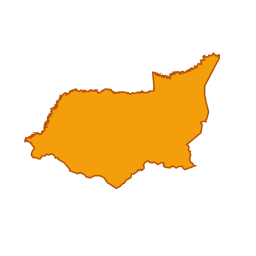 Druvienas pag., Gulbene, Latvia, rotated 169°
{"feature_id": "27541924B4723463518460", "entity_name": "Druvienas pag.", "entity_type": "district", "adm_level": 2, "iso_a3": "LVA", "parent_name": "Latvia", "parent_adm1": "Gulbene", "projection": "orthographic", "projection_center": [26.23, 57.112], "detail": "fine", "context": "isolated", "style": "filled", "palette": "amber", "viewbox_px": 256, "rotation_deg": 169, "n_neighbors": 0, "source": "geoboundaries", "source_scale": "gbopen_adm2", "svg_char_len": 5917}
<svg xmlns="http://www.w3.org/2000/svg" viewBox="0 0 256 256"><g transform="rotate(169 128 128)"><path d="M169.3,87.6L164.2,86.3L160.9,83.6L158.8,78.5L150.8,70.9L146.2,72.6L145.1,73.8L142.2,74.5L139.6,77.3L134.7,78.7L133.3,82.1L132.0,82.2L131.3,81.7L127.2,83.6L126.4,84.8L125.8,84.9L125.2,84.1L123.6,84.9L122.7,83.7L120.2,85.1L119.6,86.5L119.9,88.3L119.6,89.1L117.9,91.1L116.1,91.3L115.3,92.1L114.2,91.7L113.9,90.8L112.1,89.5L109.4,89.4L107.5,88.5L105.8,86.5L102.0,87.6L100.5,87.2L99.4,86.2L100.1,85.3L100.3,83.6L97.8,81.7L96.1,81.8L95.0,80.9L93.9,80.9L92.2,82.4L91.3,81.5L89.7,81.3L88.8,79.8L87.9,79.6L85.8,80.5L82.1,80.0L81.2,77.3L80.1,76.3L69.5,78.1L70.4,78.5L71.3,80.8L73.2,83.0L73.4,85.7L72.5,88.1L71.6,89.2L71.9,91.9L71.2,93.0L72.6,94.3L72.8,95.2L71.9,97.3L71.9,98.2L72.4,99.5L73.6,100.5L57.3,109.4L54.5,117.2L55.7,118.6L55.8,119.6L52.6,120.2L50.1,119.3L50.0,121.1L49.0,121.8L45.8,128.4L46.5,139.8L46.3,142.4L46.5,145.7L44.7,154.7L25.0,179.3L25.1,180.2L24.4,182.2L25.5,182.4L26.3,181.3L27.1,182.4L28.2,182.2L28.3,183.0L29.5,183.9L29.6,185.1L30.7,184.7L31.1,183.6L32.9,182.9L34.1,184.1L34.7,184.0L35.4,182.7L37.4,182.7L39.2,183.3L39.0,184.4L40.4,184.1L40.9,183.5L40.1,182.5L40.1,180.2L41.0,180.8L43.6,180.5L43.2,179.9L43.7,179.5L43.3,179.1L43.7,177.0L44.6,177.5L45.0,176.7L46.7,177.8L48.6,175.5L48.5,175.0L49.9,175.7L49.8,174.5L50.8,175.3L50.7,174.8L51.1,174.1L52.9,174.3L53.2,173.3L54.3,174.7L55.2,174.2L54.8,173.7L55.8,172.4L56.6,172.3L56.5,173.6L56.9,173.8L58.7,172.7L58.2,172.2L59.1,172.2L59.4,172.8L60.5,171.4L61.2,172.0L62.7,171.5L62.4,172.2L63.1,172.9L65.3,173.1L65.6,172.6L65.1,172.0L65.8,172.1L65.9,171.2L66.8,171.3L67.1,171.5L66.7,172.1L66.8,172.5L68.2,172.8L67.7,173.2L68.2,173.9L70.4,173.4L70.8,173.9L72.2,174.0L71.4,173.3L71.9,172.8L71.5,172.5L71.6,172.1L72.9,172.7L72.8,172.1L73.5,172.0L74.3,173.3L75.0,173.0L75.0,172.2L76.0,172.7L75.8,171.9L75.3,171.8L76.6,171.8L75.9,170.9L76.8,170.3L76.9,169.3L77.7,169.8L77.4,168.8L78.8,169.7L79.5,169.5L78.7,170.8L79.1,171.2L80.3,171.3L80.4,170.5L80.9,170.6L81.5,172.4L82.4,172.4L82.0,171.9L82.7,171.9L83.2,170.8L83.5,171.0L83.7,172.0L84.0,172.6L84.1,171.8L85.2,171.6L85.3,172.0L84.9,172.3L85.0,172.7L86.0,173.5L86.9,173.3L86.6,174.4L87.3,173.8L87.5,174.5L88.2,174.1L88.1,174.8L88.7,174.8L88.7,175.4L89.6,174.4L90.3,175.3L89.7,176.0L90.1,176.5L90.8,176.1L90.8,177.0L91.3,177.5L93.1,177.9L94.7,162.7L94.9,161.5L95.3,161.4L95.1,160.6L95.5,159.6L97.4,159.5L99.5,160.2L100.1,160.1L100.4,159.4L101.4,159.7L102.3,159.2L102.5,159.7L102.5,159.2L103.4,159.0L106.4,160.6L106.8,160.1L107.1,161.4L107.4,160.9L108.4,161.1L108.3,160.6L109.2,160.2L109.5,160.7L110.6,160.4L110.6,160.9L110.9,161.2L116.1,160.8L116.8,161.8L118.7,160.7L119.1,161.2L120.0,161.0L121.0,162.5L122.0,162.1L122.3,163.1L123.0,162.9L126.1,164.5L129.3,164.8L129.5,164.2L130.4,165.1L131.8,164.3L132.6,164.9L133.3,164.6L133.9,165.5L134.2,165.0L135.6,165.0L135.5,166.5L136.5,166.8L137.2,167.7L137.1,168.2L137.7,168.2L137.7,169.0L139.6,169.7L140.2,169.4L141.4,170.3L143.5,170.5L145.3,169.7L145.2,169.2L146.7,169.5L147.8,168.3L149.1,168.0L150.1,168.7L150.7,168.4L150.5,169.2L151.7,170.1L151.7,170.9L151.3,171.2L151.8,171.4L153.1,171.5L152.9,170.8L153.5,170.7L153.7,171.2L154.4,170.7L155.2,170.9L155.5,171.9L156.3,171.7L157.5,172.5L157.7,172.4L157.5,171.7L159.1,171.5L159.1,171.9L160.2,171.2L162.4,172.2L162.5,172.7L163.7,172.1L163.5,173.2L163.8,173.3L165.0,173.1L165.0,172.5L165.3,172.3L165.4,172.9L166.3,173.2L166.5,174.1L169.1,173.3L170.3,173.9L170.4,174.6L170.8,174.5L171.4,175.8L172.3,175.6L172.5,176.2L173.2,175.5L174.7,175.9L175.2,174.9L175.9,175.4L176.1,174.9L176.9,175.4L178.0,175.1L178.6,174.5L178.2,174.0L178.9,173.8L179.8,172.4L181.0,173.3L182.3,172.3L182.3,172.9L181.5,173.4L181.8,173.9L182.6,173.6L182.7,174.3L183.5,174.4L186.6,172.4L186.7,171.7L187.5,171.7L187.8,172.4L188.4,170.9L188.7,171.7L189.2,170.5L188.0,170.4L188.4,170.0L188.4,169.2L189.9,169.3L190.8,168.0L190.8,168.6L191.4,168.5L191.6,167.0L192.8,167.7L193.5,166.6L192.5,165.9L192.8,165.0L194.3,164.6L193.2,164.3L193.0,163.2L194.0,163.0L194.1,163.3L193.4,163.6L194.2,164.1L194.6,163.3L195.4,163.1L194.4,161.8L195.4,161.6L195.1,160.9L196.0,160.8L195.8,161.1L196.3,162.3L196.9,161.9L196.7,161.0L196.9,160.7L197.6,162.1L200.1,161.4L199.5,160.4L199.7,160.0L199.1,159.5L200.6,158.6L200.1,158.2L200.0,156.6L202.5,156.7L202.7,156.3L201.5,155.6L201.3,154.8L202.7,155.4L204.0,154.6L203.0,154.1L203.3,153.4L203.9,153.2L204.7,153.9L204.9,152.4L204.3,151.9L205.2,152.2L205.2,151.6L204.9,151.3L205.5,150.9L204.4,150.4L204.3,149.9L204.8,149.6L205.5,150.2L206.4,149.7L205.4,149.3L205.2,148.3L205.6,148.1L207.7,149.5L208.6,149.3L207.7,149.3L207.4,148.5L208.7,148.3L209.3,147.1L207.6,147.2L207.7,146.7L207.3,146.4L208.6,145.6L207.7,144.2L208.6,144.2L209.7,145.4L210.3,144.4L209.6,144.1L209.9,143.2L210.4,143.1L210.3,142.3L210.7,141.3L212.0,141.1L212.0,140.4L212.4,140.1L212.8,141.1L213.3,140.9L212.7,140.2L213.5,139.6L213.5,138.9L215.1,139.1L215.7,138.3L216.5,139.0L216.6,139.8L218.2,139.6L218.1,140.7L219.4,140.3L220.6,140.8L220.1,140.1L220.8,139.2L221.8,138.7L222.3,139.0L222.1,139.5L223.0,139.8L222.6,138.2L223.1,137.9L223.4,138.1L223.4,139.0L224.4,139.2L224.7,138.1L224.1,137.7L225.2,137.5L225.4,136.9L225.7,137.2L225.4,137.7L226.1,138.2L226.6,137.4L227.5,138.0L228.9,137.2L230.0,137.9L230.6,136.9L230.3,136.4L230.8,136.2L230.3,135.6L231.6,135.3L231.6,134.3L228.7,134.0L226.4,132.2L226.5,131.8L225.7,131.7L226.0,130.9L225.5,130.5L225.4,129.3L223.7,127.2L224.2,126.8L224.1,125.4L226.1,123.8L227.6,121.3L228.0,119.2L227.2,118.5L226.7,116.9L224.3,116.7L222.0,114.9L219.9,114.5L217.8,116.9L214.2,116.6L212.9,117.8L210.6,116.6L208.6,117.2L206.6,116.2L205.3,114.7L205.1,112.4L203.3,112.7L202.8,111.0L201.7,110.6L201.7,109.9L197.1,106.0L194.3,100.7L193.0,99.0L193.5,97.6L192.7,96.7L186.1,92.7L184.4,93.3L182.5,92.9L182.2,93.8L182.3,92.8L182.0,92.1L179.3,90.4L178.5,88.1L174.9,86.3L169.3,87.6Z" fill="#f59e0b" stroke="#b45309" stroke-width="1.5"/></g></svg>